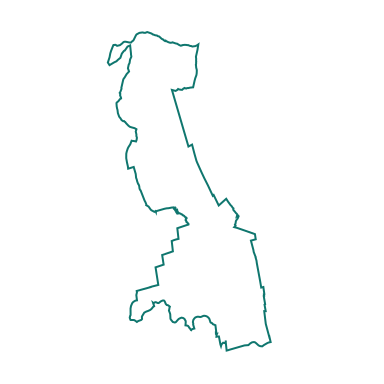 outline of Pastraveni, Neamt, Romania, rotated 105°
{"feature_id": "2599482B84258417369440", "entity_name": "Pastraveni", "entity_type": "district", "adm_level": 2, "iso_a3": "ROU", "parent_name": "Romania", "parent_adm1": "Neamt", "projection": "robinson", "projection_center": [26.551, 47.154], "detail": "fine", "context": "isolated", "style": "outline", "palette": "teal", "viewbox_px": 384, "rotation_deg": 105, "n_neighbors": 0, "source": "geoboundaries", "source_scale": "gbopen_adm2", "svg_char_len": 5967}
<svg xmlns="http://www.w3.org/2000/svg" viewBox="0 0 384 384"><g transform="rotate(105 192 192)"><path d="M47.8,224.1L49.0,225.1L50.2,226.5L51.4,229.3L51.2,230.7L51.4,231.5L51.1,233.9L51.4,234.6L51.4,235.5L51.8,237.3L52.7,239.5L53.1,239.7L53.6,240.8L53.3,242.5L52.6,244.8L52.7,245.4L52.7,246.7L52.5,249.3L52.5,249.6L52.9,250.0L53.5,251.7L53.4,253.7L52.9,256.1L52.6,256.6L53.2,257.0L52.6,258.8L52.2,259.1L51.9,260.9L50.3,263.9L50.3,265.5L49.9,266.4L50.1,267.7L50.1,268.7L49.9,270.0L50.0,270.5L49.4,272.1L49.2,275.0L49.1,276.6L49.6,277.4L50.0,277.8L50.4,278.5L50.7,280.0L50.6,280.6L50.8,281.4L51.9,284.0L54.1,286.3L55.1,286.7L57.6,287.2L60.2,287.7L61.0,288.0L62.1,288.9L63.5,289.7L63.8,291.3L64.0,294.8L64.3,296.0L64.7,296.7L65.4,297.3L66.4,297.8L68.8,299.6L70.2,302.2L69.7,303.7L69.7,304.4L70.2,305.2L70.3,305.8L70.5,306.0L76.7,306.7L79.3,306.8L83.2,306.5L88.7,306.8L90.8,304.5L86.8,300.6L85.3,298.8L83.7,297.9L80.9,295.9L76.5,295.6L73.6,294.4L72.8,293.8L72.7,293.5L68.2,291.9L66.4,289.7L74.0,286.8L75.0,286.5L76.7,285.7L77.1,285.6L80.1,286.1L83.6,285.7L85.4,286.1L89.1,285.9L91.9,284.0L94.9,285.6L99.1,286.8L100.1,287.3L101.3,287.5L109.2,287.2L109.7,287.2L110.5,286.8L113.8,287.1L115.0,287.5L115.8,286.6L117.0,286.6L119.6,284.8L120.0,284.7L120.5,285.3L121.1,285.7L123.3,286.6L125.2,287.9L125.9,287.9L128.8,286.9L130.7,286.0L132.0,285.2L135.0,284.0L138.0,281.9L138.7,281.1L139.1,280.4L140.8,278.6L141.4,276.8L141.1,275.9L141.6,275.2L141.7,274.6L142.7,273.4L142.9,273.0L143.3,272.4L144.5,270.4L145.1,268.9L145.2,267.1L145.2,263.8L145.7,262.5L145.6,262.1L145.7,261.9L148.1,262.0L150.8,260.6L152.4,260.2L153.5,259.4L154.2,259.2L156.2,259.0L157.7,259.2L157.7,259.6L157.8,261.4L158.1,262.9L158.1,263.6L162.0,264.0L164.7,264.9L166.4,265.3L169.7,265.5L172.0,265.4L176.3,264.3L180.4,262.4L183.8,260.6L186.0,259.7L182.9,254.8L189.2,251.0L192.7,249.7L194.4,248.5L195.4,248.0L196.5,247.3L198.2,246.1L198.4,245.6L200.0,244.5L202.0,243.7L203.1,243.0L203.6,242.4L203.7,242.1L212.7,235.5L213.7,234.5L214.6,233.8L216.3,232.6L216.6,232.7L217.3,230.2L219.8,227.2L220.3,225.9L220.4,225.3L220.9,223.2L219.9,222.3L220.6,221.7L220.1,221.8L219.7,221.5L215.3,214.2L214.3,212.2L213.7,210.4L212.3,207.6L211.7,206.0L212.0,205.9L212.0,205.5L211.6,204.6L212.1,204.6L212.6,205.1L212.9,205.1L213.2,204.5L213.2,204.0L212.7,203.8L212.4,203.5L212.9,203.3L213.6,203.7L214.1,203.5L214.4,203.1L214.3,202.7L213.2,201.7L213.9,201.4L214.7,202.1L215.4,202.1L215.7,201.9L215.7,201.7L214.9,201.0L214.4,201.0L214.5,200.8L215.0,200.4L216.0,200.8L216.5,200.9L216.7,200.7L216.6,200.3L216.2,199.5L215.7,199.1L215.9,198.5L215.8,198.1L216.0,197.0L216.3,196.5L216.2,196.0L216.4,195.7L216.5,195.1L216.9,194.8L217.0,193.7L217.1,193.4L217.6,192.8L217.7,192.4L218.1,191.9L218.0,191.5L218.5,190.5L218.9,190.4L219.5,190.9L219.9,191.0L220.8,190.9L221.0,190.3L221.5,190.2L222.5,189.5L222.5,188.8L223.1,188.1L223.4,188.0L223.5,187.4L223.9,187.0L224.4,187.0L225.3,188.5L230.8,196.8L240.8,192.9L241.9,195.0L243.1,196.9L244.6,198.9L254.3,195.1L260.6,204.5L269.5,200.6L274.2,207.7L290.5,200.5L293.8,206.4L294.7,207.8L294.8,207.7L301.9,219.8L303.2,219.2L306.0,219.1L310.9,217.1L311.3,218.0L311.8,218.8L313.3,220.2L314.6,220.9L315.7,221.1L317.9,221.4L320.5,221.2L326.3,219.6L327.1,219.5L327.4,219.7L328.5,219.6L328.8,219.7L329.6,219.6L331.4,218.4L331.5,218.1L330.8,215.4L330.7,214.8L331.0,213.5L331.8,211.6L330.6,210.6L328.8,208.0L328.0,207.5L327.5,207.4L325.6,208.1L325.1,208.1L320.9,206.9L319.3,205.2L318.3,203.7L316.9,202.0L315.5,200.9L313.0,199.8L312.1,199.0L309.0,201.0L309.2,200.5L309.0,200.0L308.0,199.1L307.8,198.3L308.1,196.4L308.0,195.8L307.8,195.4L305.8,193.9L304.5,192.4L304.2,191.7L304.1,191.0L304.5,190.3L305.0,189.8L306.9,188.4L307.7,187.1L307.6,186.1L307.7,185.5L308.5,183.7L309.8,183.8L311.0,183.6L312.5,183.6L315.0,181.8L315.7,181.4L320.0,180.0L320.6,179.5L322.5,176.9L322.5,174.8L322.1,174.2L321.8,173.9L318.6,172.3L318.0,171.9L316.9,170.7L316.1,169.6L316.0,168.0L316.5,166.5L318.3,164.7L319.7,164.3L322.5,163.8L322.3,162.1L322.4,161.2L323.0,160.3L323.8,159.6L324.3,158.7L325.6,157.3L325.7,157.0L324.7,156.6L324.2,156.0L323.3,154.4L319.7,156.6L318.8,156.7L317.4,157.5L315.2,157.6L313.7,157.1L312.3,156.3L311.3,154.9L310.9,154.0L310.7,152.4L310.7,151.8L310.2,150.8L308.9,149.2L308.4,148.3L308.2,146.5L308.5,144.8L309.5,143.0L310.2,142.3L313.0,140.5L313.3,140.1L313.4,139.0L313.7,138.3L314.3,137.6L314.6,134.9L321.3,132.2L321.4,132.6L322.7,132.2L322.3,131.1L323.8,131.3L325.5,130.9L325.0,130.0L324.6,128.6L331.9,125.1L333.4,124.1L332.3,124.1L331.3,123.9L329.5,122.9L329.5,121.3L329.3,120.9L328.6,120.7L326.7,120.9L328.7,120.4L336.2,117.5L335.3,115.9L334.8,115.2L326.6,101.6L325.3,97.9L323.1,96.5L321.6,95.0L321.4,94.5L320.9,93.3L320.9,92.2L321.4,91.0L322.9,88.1L323.2,86.9L323.2,85.9L322.9,84.2L321.2,82.9L318.4,80.1L317.6,79.1L316.6,77.2L311.9,79.7L312.1,79.8L300.3,86.6L288.4,91.4L288.0,90.0L282.0,92.8L281.5,92.3L273.9,95.8L273.6,95.4L272.2,96.1L271.9,95.7L265.3,98.5L266.4,100.4L260.5,103.1L243.9,111.0L241.7,111.9L238.7,113.7L238.4,113.6L237.4,114.4L233.9,116.9L232.1,117.7L223.7,122.5L221.2,118.2L216.4,120.3L215.3,134.9L215.0,139.6L215.0,142.1L213.2,141.2L212.6,141.7L212.5,141.8L212.5,142.0L212.4,142.1L211.2,141.8L208.7,142.1L206.7,141.5L206.0,141.1L203.4,140.7L202.9,141.1L203.3,141.8L204.0,142.4L202.6,142.4L201.9,142.6L201.4,143.2L201.1,143.9L199.6,145.9L198.9,147.1L198.3,147.6L197.1,147.7L196.7,148.6L195.3,150.2L194.8,151.2L191.9,154.8L189.7,157.2L198.1,162.7L189.3,170.3L190.3,170.9L181.5,178.3L175.6,183.6L170.4,188.0L162.3,194.6L160.7,195.8L154.3,199.6L146.2,204.2L149.0,207.2L98.6,237.8L98.6,234.0L97.3,232.7L96.1,232.1L96.3,231.5L96.1,229.0L95.8,227.9L94.4,227.1L93.5,226.2L93.7,225.8L93.5,225.5L93.6,224.5L92.9,223.6L92.6,222.5L91.7,220.9L90.6,218.0L83.8,218.3L81.3,218.3L78.0,218.0L76.1,218.2L73.4,218.8L72.4,219.2L70.9,220.1L68.4,221.0L68.2,221.2L67.1,221.2L65.7,221.6L65.1,221.6L64.6,221.9L62.1,222.5L60.4,223.2L53.3,223.5L47.8,224.1Z" fill="none" stroke="#0f766e" stroke-width="2"/></g></svg>